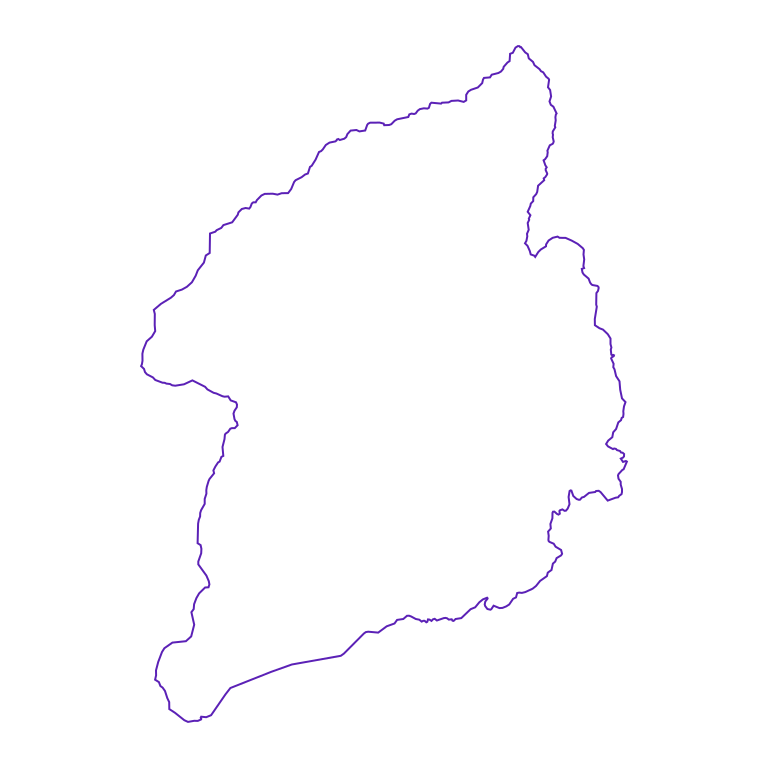 outline of Santo Crucifixo, Ribeira Grande, Cabo Verde
{"feature_id": "66160863B26577257957631", "entity_name": "Santo Crucifixo", "entity_type": "district", "adm_level": 2, "iso_a3": "CPV", "parent_name": "Cabo Verde", "parent_adm1": "Ribeira Grande", "projection": "mercator", "projection_center": [-25.106, 17.131], "detail": "fine", "context": "isolated", "style": "outline", "palette": "violet", "viewbox_px": 768, "rotation_deg": 0, "n_neighbors": 0, "source": "geoboundaries", "source_scale": "gbopen_adm2", "svg_char_len": 6091}
<svg xmlns="http://www.w3.org/2000/svg" viewBox="0 0 768 768"><path d="M261.4,195.5L256.9,200.1L255.7,202.3L253.3,202.3L251.8,203.5L250.4,207.1L249.2,208.6L245.6,208.0L241.8,209.0L238.4,212.4L237.8,214.7L232.2,222.3L223.4,225.1L221.3,227.9L216.6,230.2L215.3,231.7L210.0,233.5L209.7,253.0L205.8,255.5L203.9,262.6L197.8,270.3L195.7,275.7L191.9,282.3L186.9,286.8L181.9,289.6L176.0,291.5L173.9,295.1L170.9,297.7L161.0,303.8L153.8,309.9L154.8,313.9L154.7,325.1L155.2,331.1L151.9,336.7L146.7,341.3L143.3,349.7L142.4,353.7L142.5,360.8L141.9,364.3L141.1,366.1L144.0,368.9L145.0,372.1L146.9,374.3L152.9,377.4L155.3,380.0L162.5,382.7L164.7,382.8L166.4,383.6L170.0,384.0L172.2,385.3L175.3,385.7L184.0,384.3L192.4,380.4L205.1,386.8L207.4,389.4L213.6,392.8L216.4,393.5L222.4,396.2L224.5,396.7L228.2,396.4L230.7,400.4L236.0,402.3L237.0,404.6L236.8,407.3L234.5,410.7L233.5,413.6L234.5,419.1L235.3,420.8L236.8,422.0L237.6,425.2L234.8,428.1L232.0,428.1L230.3,428.7L228.1,431.9L225.5,433.7L224.9,434.8L224.5,439.1L222.5,447.0L223.3,455.9L221.4,456.9L219.6,461.6L218.1,462.4L215.4,466.5L213.4,470.4L214.1,473.3L209.5,479.0L208.6,480.9L206.8,486.9L206.3,490.2L206.4,493.7L204.7,498.9L204.7,503.9L201.1,510.2L200.2,513.0L200.1,516.5L198.8,519.8L198.1,523.6L197.6,543.2L200.6,545.1L201.4,548.8L201.2,553.3L198.3,561.5L198.3,564.4L206.4,575.6L208.8,581.2L209.4,584.4L208.5,587.3L205.1,587.5L199.1,593.4L196.4,598.1L194.1,604.2L193.7,609.1L191.4,612.2L194.2,624.7L191.2,636.4L185.9,641.2L172.4,642.6L164.4,648.2L162.0,652.0L158.2,662.0L156.0,670.4L156.1,675.3L155.1,679.7L158.9,682.1L160.4,686.0L162.6,687.6L165.0,691.0L167.3,698.1L169.2,702.1L169.3,709.1L175.0,712.8L184.3,720.2L188.0,721.9L194.2,720.8L197.8,720.9L201.0,719.5L201.3,718.9L200.7,717.8L201.2,716.7L206.2,717.2L211.1,715.2L225.5,694.3L230.4,688.0L271.3,671.8L291.8,664.5L340.8,655.8L343.9,653.6L363.9,633.5L365.8,632.1L368.2,631.7L378.2,632.6L386.7,626.3L394.5,623.5L397.1,619.9L403.3,619.0L407.0,615.8L409.0,615.7L411.0,616.4L415.8,619.0L419.3,619.7L421.7,621.6L423.2,620.8L424.6,620.8L426.3,622.3L427.3,621.8L428.0,619.4L429.5,619.6L431.5,620.9L433.0,619.3L434.7,618.8L436.9,620.5L443.8,618.1L445.6,617.9L447.1,618.3L448.8,619.6L451.7,619.3L452.5,620.7L453.6,620.9L455.6,619.0L461.3,618.1L470.6,609.2L475.2,607.3L479.3,602.3L482.9,599.4L487.1,597.7L487.6,598.3L487.4,598.9L485.3,601.5L484.7,604.4L485.2,606.1L487.4,609.0L490.4,609.7L491.3,609.2L493.6,605.7L499.5,608.1L502.5,607.9L506.2,606.4L509.2,604.5L513.1,598.8L516.0,597.4L517.2,593.0L519.2,592.6L521.9,592.9L525.2,592.1L532.6,588.7L536.0,586.0L540.1,580.9L546.9,576.1L547.8,572.6L551.5,570.0L552.9,563.6L555.2,561.6L556.6,558.1L561.1,555.4L562.1,553.8L561.1,550.0L555.6,546.7L553.7,543.7L549.5,541.9L548.7,541.1L548.4,540.0L548.7,535.8L548.1,531.6L550.8,528.5L550.4,524.0L552.4,518.3L552.5,512.8L553.0,511.7L554.4,511.6L557.1,514.0L558.5,514.6L559.8,513.7L559.4,511.0L559.9,510.3L562.4,509.4L564.5,510.8L565.9,510.7L567.7,508.6L569.5,504.2L568.6,497.0L569.6,491.0L570.5,490.4L571.4,490.6L573.3,496.0L576.6,499.0L578.9,499.8L580.0,499.7L581.9,497.5L584.0,496.9L589.0,492.9L595.2,492.0L596.1,491.0L598.7,490.8L600.6,492.1L607.7,500.6L615.6,497.7L618.2,497.3L619.2,495.8L621.5,494.2L622.0,492.1L622.0,489.0L620.7,484.6L620.7,481.8L618.5,478.7L618.0,475.4L618.6,474.0L622.4,469.9L623.6,469.3L626.9,461.6L625.9,461.0L623.0,461.9L620.8,458.6L623.0,457.6L624.0,456.4L624.1,454.0L622.6,452.7L621.0,452.5L620.0,451.0L617.0,450.1L615.9,448.9L614.1,448.5L613.0,449.1L608.0,446.4L606.1,444.0L608.2,440.6L612.3,437.2L613.2,432.3L616.1,429.0L618.3,422.4L621.0,420.2L621.7,417.9L623.1,417.0L623.5,413.9L623.3,411.2L624.0,406.4L625.5,402.1L622.0,398.4L620.2,389.7L619.5,381.3L616.1,376.1L614.5,369.3L613.3,367.2L613.6,363.8L611.1,358.4L611.5,357.5L613.7,356.2L614.0,355.3L613.2,354.9L612.0,355.2L611.3,354.6L610.8,349.6L611.4,347.5L610.5,344.1L610.5,338.5L607.8,334.2L603.0,329.6L599.4,328.2L594.9,325.2L594.8,319.0L596.8,306.7L596.2,304.6L596.4,293.1L598.0,290.9L598.7,287.9L598.3,286.7L597.3,285.9L592.3,285.0L591.3,284.2L590.1,282.6L588.6,278.6L583.8,274.5L582.5,272.5L581.8,268.9L584.1,268.1L583.4,266.1L584.2,259.4L583.5,254.5L583.9,249.9L582.8,248.2L577.7,243.9L571.7,240.6L565.6,237.9L559.5,237.8L557.6,236.6L552.7,237.8L548.6,240.5L546.1,244.4L546.0,246.3L540.8,249.5L538.3,252.0L535.2,256.9L534.3,255.7L530.7,254.4L529.8,251.0L527.5,245.8L525.0,243.3L526.4,240.9L527.3,236.3L527.0,233.8L528.7,229.8L527.7,223.0L529.2,219.8L528.8,218.7L530.4,215.2L527.7,211.8L530.3,206.0L530.8,203.6L533.2,201.1L533.3,197.3L536.2,194.1L537.2,191.9L538.1,185.7L544.2,180.2L543.7,178.4L545.3,177.1L547.1,174.4L547.2,173.5L545.7,170.2L545.7,168.8L546.7,167.3L545.4,165.4L543.6,160.3L545.1,159.2L547.2,156.2L547.7,152.3L547.4,150.7L549.8,145.3L552.7,143.8L553.3,142.8L553.7,141.4L552.7,137.2L553.0,134.7L552.6,133.3L552.8,131.4L555.3,127.3L554.8,126.0L555.7,120.4L555.4,117.2L555.9,114.4L556.6,113.5L553.4,106.7L550.8,104.8L549.5,101.4L551.1,96.5L550.1,90.0L548.0,87.3L549.1,79.8L548.6,78.7L546.1,76.7L543.2,72.3L541.0,71.2L539.5,69.1L534.5,65.2L533.0,61.9L528.8,58.4L527.8,54.2L525.2,52.4L521.0,47.1L520.2,47.2L519.5,46.2L517.9,46.1L515.5,47.6L512.8,52.8L510.1,53.8L509.6,61.1L507.5,62.5L503.7,66.8L503.2,68.9L501.0,71.5L498.4,73.0L491.7,74.7L490.0,77.4L484.0,77.9L483.0,79.6L482.2,83.1L477.8,87.5L471.0,89.8L468.3,91.5L466.2,94.8L466.2,100.4L463.7,101.9L458.1,100.5L451.4,100.9L448.6,102.4L442.0,102.7L441.1,103.6L431.4,102.7L430.1,103.9L428.9,107.8L427.5,108.6L423.9,108.3L419.9,109.1L417.7,110.7L415.7,113.4L414.1,114.0L411.5,113.6L409.3,114.4L408.3,117.0L397.1,119.3L394.7,120.7L391.3,124.2L389.1,125.0L384.2,125.2L383.7,123.6L379.7,122.6L370.1,122.7L368.1,123.7L367.2,124.9L365.2,130.5L359.4,131.4L356.4,130.0L350.6,130.6L347.4,134.1L346.2,137.1L344.3,138.7L339.8,140.0L338.3,139.0L336.8,139.6L336.6,140.4L335.4,141.4L329.5,142.6L325.8,145.0L322.8,149.4L321.1,151.1L319.0,152.0L315.6,159.6L311.7,165.8L310.0,166.9L307.9,173.5L305.1,174.5L301.6,177.2L295.6,180.2L294.1,182.0L291.2,189.0L288.1,193.1L281.7,193.2L277.5,194.6L272.7,193.7L264.7,193.9L261.4,195.5Z" fill="none" stroke="#5b21b6" stroke-width="2"/></svg>